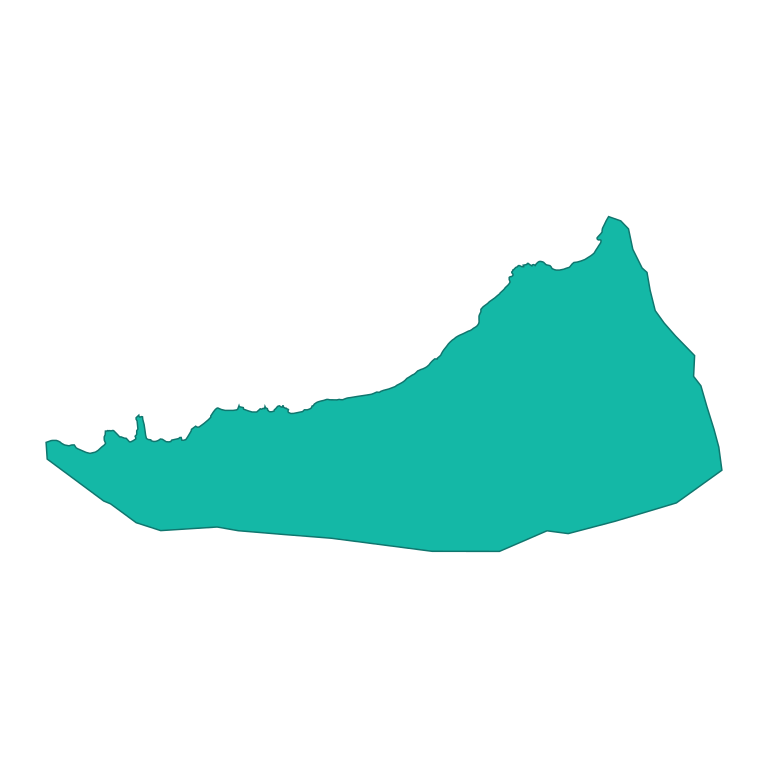 the district of Mutsamudu, Andjouân, Comoros
{"feature_id": "10938185B74704582538531", "entity_name": "Mutsamudu", "entity_type": "district", "adm_level": 2, "iso_a3": "COM", "parent_name": "Comoros", "parent_adm1": "Andjouân", "projection": "orthographic", "projection_center": [44.366, -12.183], "detail": "fine", "context": "isolated", "style": "filled", "palette": "teal", "viewbox_px": 768, "rotation_deg": 0, "n_neighbors": 0, "source": "geoboundaries", "source_scale": "gbopen_adm2", "svg_char_len": 4538}
<svg xmlns="http://www.w3.org/2000/svg" viewBox="0 0 768 768"><path d="M676.4,502.9L721.9,470.2L718.8,447.1L714.0,429.3L706.9,406.6L700.9,385.8L693.6,376.4L694.6,355.6L688.5,349.3L675.5,336.0L664.2,323.1L655.2,310.6L650.1,290.2L647.0,272.4L642.1,268.0L632.8,249.3L628.5,228.9L620.8,220.9L608.6,216.6L606.1,220.9L604.7,223.9L602.5,228.3L602.1,230.5L602.1,231.9L600.9,233.6L598.3,236.4L597.1,237.8L597.1,238.8L597.3,239.1L597.8,239.6L598.4,239.9L599.2,239.9L600.0,239.8L600.6,240.1L601.0,240.3L601.0,241.5L600.6,242.9L598.6,245.9L597.3,248.0L595.7,250.4L594.2,253.0L592.6,254.4L590.8,255.8L588.2,257.4L584.9,259.5L581.0,261.0L577.1,262.1L573.9,262.5L572.1,264.0L570.2,266.4L569.4,267.3L566.1,268.3L563.8,269.2L559.4,270.1L556.3,270.1L554.6,269.7L552.1,268.6L551.0,266.7L549.9,265.6L547.2,265.0L546.1,264.7L544.7,263.4L543.6,262.3L542.5,261.8L541.6,261.7L541.0,261.4L539.2,261.5L538.0,262.2L536.5,263.6L535.5,264.9L535.3,265.6L535.1,265.6L534.6,265.0L533.6,264.6L532.4,264.9L531.9,265.9L530.3,265.0L528.0,263.3L527.3,263.5L526.8,264.5L523.2,265.2L523.7,266.1L523.7,266.7L521.8,266.7L519.5,265.6L518.4,265.6L517.2,266.9L516.6,267.1L515.7,267.5L513.6,269.7L512.9,269.9L512.7,270.9L511.8,271.9L511.8,272.7L513.0,274.2L512.9,275.5L511.5,276.6L510.2,276.7L509.2,277.4L509.2,279.5L509.8,281.1L510.1,282.0L509.3,283.5L507.9,285.2L505.2,287.7L504.5,288.8L503.5,289.9L500.1,293.0L499.8,293.7L497.2,295.8L494.8,297.9L489.4,301.7L487.6,303.5L483.2,306.7L480.9,309.3L480.9,311.7L479.3,315.1L479.0,316.2L479.0,319.2L479.1,321.8L478.8,323.2L478.2,324.4L477.4,325.5L476.7,326.2L475.5,327.1L473.4,328.3L471.8,329.6L469.9,330.7L468.4,331.1L463.4,333.6L459.5,335.3L457.6,336.3L455.8,337.4L453.8,339.1L452.4,340.0L450.1,342.1L448.3,344.0L447.6,345.0L446.4,346.6L444.0,349.6L442.8,351.3L441.6,353.4L440.7,355.3L439.6,356.3L437.4,358.2L437.2,359.0L434.7,358.9L432.4,360.9L430.5,362.9L429.0,364.9L426.8,366.8L425.1,367.8L422.8,368.9L420.9,369.5L418.5,370.6L417.7,370.9L415.5,373.1L414.1,374.2L412.2,375.1L408.8,377.3L406.9,378.4L404.9,380.5L403.5,381.6L401.8,382.7L399.6,383.9L396.8,385.3L395.1,386.6L388.7,389.0L383.4,390.4L380.7,391.4L379.3,392.4L378.1,392.2L376.7,392.1L375.5,392.6L373.8,393.4L371.3,394.3L367.0,395.0L357.6,396.4L350.4,397.6L348.0,397.9L346.4,398.3L344.2,399.1L342.9,399.7L340.8,399.7L339.2,399.4L336.9,399.9L329.9,399.8L327.9,399.4L326.8,399.4L323.7,400.4L320.6,401.1L318.2,401.8L316.6,402.5L314.3,404.1L313.3,405.7L312.1,406.0L311.4,407.9L309.7,409.0L307.3,409.8L304.4,409.8L302.9,411.3L302.5,411.6L293.6,413.4L290.8,413.5L288.6,412.5L288.2,412.1L288.0,411.0L288.2,410.2L288.5,409.8L288.1,409.3L287.0,408.9L286.0,408.1L285.6,408.4L283.5,407.2L283.3,405.9L282.8,405.8L282.0,407.2L281.4,407.1L279.3,405.8L277.6,406.4L275.6,408.8L274.4,409.7L274.0,411.1L271.9,411.7L269.8,411.8L268.8,411.3L268.1,410.4L267.7,410.3L267.4,408.7L266.4,408.1L265.6,407.9L265.0,406.5L264.6,408.6L264.0,408.5L263.2,408.3L261.5,409.2L260.2,408.8L259.3,409.7L256.7,412.0L252.1,412.0L248.7,411.0L243.6,409.2L243.3,407.6L239.3,406.7L239.0,405.7L237.7,409.2L236.6,409.9L233.2,410.4L225.1,410.4L221.3,409.5L217.9,408.0L217.1,408.1L215.4,409.4L213.5,411.8L210.8,415.9L210.8,417.2L208.4,419.7L203.8,423.6L199.1,427.0L197.6,427.2L196.5,426.8L195.7,426.2L191.5,429.3L191.1,431.1L189.1,434.5L187.6,437.0L185.8,439.6L183.5,440.3L181.8,440.2L181.2,437.5L179.9,437.5L178.5,438.6L171.7,440.1L170.8,441.5L168.9,441.9L166.2,441.7L162.4,439.3L160.4,439.0L158.4,440.4L156.1,441.3L153.8,441.5L151.9,441.0L151.1,440.7L150.8,439.8L148.1,439.5L147.1,438.9L146.4,438.3L145.6,435.1L144.9,429.9L144.1,424.5L142.8,419.5L142.5,416.8L141.6,416.6L139.8,417.1L139.0,416.4L138.8,415.2L136.1,417.7L136.1,419.2L137.1,420.9L137.9,429.0L136.7,430.8L136.7,434.3L136.0,435.4L135.1,436.2L135.8,437.9L135.7,439.0L133.1,440.7L130.6,441.9L129.4,441.8L126.2,438.3L124.6,438.2L121.1,436.9L119.7,436.9L116.7,433.7L113.6,430.6L112.4,430.5L111.7,430.7L110.6,430.9L109.9,430.6L109.3,430.7L108.4,430.9L108.1,430.6L107.4,430.6L107.0,431.1L105.4,431.1L105.2,434.7L104.2,436.9L104.2,438.4L104.3,440.2L105.5,443.0L105.5,443.5L104.3,445.0L101.6,447.1L98.1,450.4L95.4,452.1L90.0,453.4L86.1,452.4L77.8,448.8L76.1,447.8L74.4,445.1L74.2,444.9L71.5,445.0L69.0,445.8L65.2,445.1L64.2,444.8L63.0,444.1L61.5,443.3L60.2,442.1L58.5,441.2L56.9,440.6L56.2,440.4L52.8,440.4L51.1,440.6L46.1,442.4L47.2,459.1L103.7,501.0L110.5,503.8L136.2,522.7L160.7,530.6L217.1,527.0L238.2,530.7L283.9,534.5L330.9,538.2L432.1,551.3L499.4,551.4L547.0,530.8L568.2,533.6L615.3,521.2L676.4,502.9Z" fill="#14b8a6" stroke="#0f766e" stroke-width="1.5"/></svg>